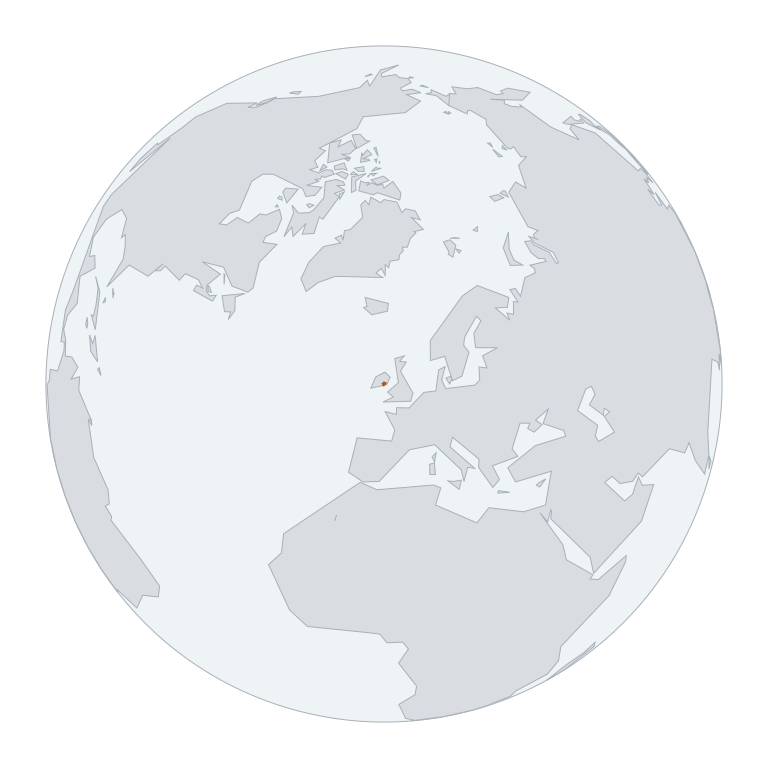 Kildare on an orthographic globe, rotated 16°
{"feature_id": "IRL-721", "entity_name": "Kildare", "entity_type": "County", "adm_level": 1, "iso_a3": "IRL", "parent_name": "Ireland", "parent_adm1": "", "projection": "orthographic", "projection_center": [-6.829, 53.156], "detail": "fine", "context": "on_globe", "style": "filled", "palette": "amber", "viewbox_px": 768, "rotation_deg": 16, "n_neighbors": 0, "source": "natural_earth", "source_scale": "10m", "svg_char_len": 11062}
<svg xmlns="http://www.w3.org/2000/svg" viewBox="0 0 768 768"><g transform="rotate(16 384 384)"><circle cx="384" cy="384" r="338" fill="#eef3f6" stroke="#a8b0b8"/><path d="M94.5,558.2L92.6,555.0L78.4,528.2L60.4,477.9L61.3,472.6L59.1,461.8L66.6,461.4L67.2,440.2L65.2,431.9L61.7,432.2L57.4,400.6L59.5,380.1L65.3,290.6L70.0,276.6L76.4,265.7L110.8,206.4L80.9,250.0L88.0,234.2L99.9,214.9L100.7,216.4L118.6,194.2L129.5,179.1L155.6,157.5L184.8,148.7L176.8,155.6L184.8,153.3L195.3,144.8L200.3,139.9L241.9,125.5L278.9,105.8L284.3,96.6L288.1,101.5L294.1,83.0L310.2,73.3L295.8,86.3L297.3,89.3L310.1,83.3L314.4,85.3L323.1,83.7L327.0,86.8L318.4,94.9L320.8,97.2L329.7,92.9L339.3,93.8L325.9,99.6L341.2,102.0L329.6,117.3L290.4,132.8L287.5,146.1L256.9,175.2L263.4,175.9L255.9,188.3L260.6,193.9L253.6,198.4L263.4,199.1L268.9,194.1L275.1,192.9L278.4,195.9L270.0,201.8L267.1,201.2L266.4,204.6L260.8,206.4L265.4,207.2L254.8,214.5L270.0,212.0L265.6,221.7L257.3,225.3L252.1,218.7L219.8,212.9L209.8,215.6L201.0,225.5L197.1,256.6L188.6,262.6L181.5,275.4L188.9,274.5L197.1,264.4L209.2,266.7L217.8,254.7L224.0,254.1L235.3,244.9L240.1,253.2L238.6,266.6L229.5,274.9L228.6,281.2L242.6,279.3L230.6,301.4L231.7,327.9L227.8,333.2L210.9,331.8L197.6,315.9L175.7,316.6L196.4,323.5L186.6,337.8L187.7,343.5L192.0,347.3L198.3,345.0L196.3,351.7L175.1,346.7L176.6,340.5L183.3,341.9L176.9,334.9L162.5,332.7L158.7,340.7L141.1,330.9L138.1,336.7L132.6,338.2L138.5,329.4L127.5,345.4L106.2,339.9L90.8,367.0L98.8,336.1L97.4,323.7L94.2,311.6L91.4,315.8L90.9,295.8L83.9,288.5L71.7,302.1L64.2,322.8L65.7,342.6L70.6,340.2L74.3,352.3L62.1,364.3L66.9,391.2L60.9,404.8L61.0,419.7L65.8,429.3L70.0,445.0L76.4,444.1L85.1,452.3L81.9,465.5L89.4,460.9L92.4,474.3L111.8,498.5L109.5,499.6L125.3,534.7L147.8,561.6L153.0,575.1L149.8,578.2L158.8,586.5L159.0,590.1L199.5,620.3L224.0,640.1L225.8,650.9L210.3,653.6L208.2,667.4L183.6,654.9L185.4,657.4L185.0,657.1L163.9,640.4L144.1,622.0L125.9,602.1L109.3,580.8L94.5,558.2ZM85.5,373.9L91.5,411.4L83.6,398.3L85.9,398.9L85.4,387.6L82.8,370.8L77.1,360.0L85.5,373.9ZM98.3,372.1L96.9,366.7L98.9,371.0L98.3,372.1ZM201.8,137.6L195.1,144.5L184.0,151.8L189.1,145.6L201.8,137.6ZM223.6,125.7L221.6,129.1L212.9,130.4L216.7,128.0L223.6,125.7ZM287.3,90.0L280.9,93.8L285.6,89.6L287.3,90.0ZM323.6,83.0L324.0,81.5L328.3,81.4L323.6,83.0ZM231.9,241.0L233.5,242.9L230.6,243.6L231.9,241.0ZM235.3,235.4L230.7,234.9L231.6,232.1L234.4,232.5L235.3,235.4ZM338.3,86.2L345.1,86.9L336.7,87.5L338.3,86.2ZM240.7,236.8L233.8,227.4L235.6,222.7L247.7,220.4L240.7,236.8ZM348.1,88.2L364.6,90.3L367.0,86.8L369.6,98.5L354.7,92.4L343.9,93.6L349.3,90.8L348.1,88.2ZM269.3,191.2L263.5,196.7L265.3,189.4L269.3,191.2ZM268.9,186.9L265.4,167.3L275.5,161.2L274.6,168.7L285.3,158.9L291.9,165.4L287.6,172.3L279.7,174.9L288.2,175.5L268.9,186.9ZM368.3,104.9L371.1,106.9L366.6,106.4L368.3,104.9ZM277.7,191.8L276.1,188.2L284.7,182.5L289.5,188.7L285.2,188.5L277.7,191.8ZM284.8,153.4L292.1,150.5L299.5,154.9L303.3,154.5L292.9,165.1L284.8,153.4ZM284.9,191.4L291.7,192.1L290.6,197.6L279.8,195.0L284.9,191.4ZM285.0,178.6L289.3,176.2L288.4,179.5L285.0,178.6ZM290.6,218.5L288.5,213.9L292.8,210.4L290.6,218.5ZM294.3,192.0L294.7,190.1L296.1,188.4L300.3,190.0L294.3,192.0ZM298.9,167.6L300.4,170.2L303.5,163.5L309.1,166.8L301.2,173.5L307.0,172.0L308.7,173.1L300.3,177.4L298.9,167.6ZM308.9,186.5L300.8,196.7L303.7,205.7L299.9,208.9L295.9,193.9L308.9,186.5ZM304.6,180.7L306.4,185.0L300.8,186.6L296.1,184.7L304.6,180.7ZM315.8,166.9L309.2,160.0L311.1,158.8L315.8,166.9ZM310.9,188.8L312.8,186.3L311.7,189.2L310.9,188.8ZM315.5,173.1L312.9,170.8L315.2,169.5L315.5,173.1ZM318.8,183.5L316.2,186.7L312.9,185.4L318.8,183.5ZM318.2,178.5L322.0,177.3L313.3,183.1L316.7,177.6L318.2,178.5ZM318.1,172.3L318.6,170.8L318.9,173.5L318.1,172.3ZM332.8,186.9L322.6,194.4L315.4,191.4L326.2,184.4L332.8,186.9ZM697.8,258.6L698.5,260.4L700.5,265.7L703.1,272.8L703.0,272.6L697.7,262.4L702.8,278.3L698.9,271.0L692.4,269.8L697.7,293.1L708.6,341.4L715.9,362.9L717.0,382.2L704.3,371.7L693.4,356.3L692.0,367.3L676.2,367.6L658.1,401.9L652.7,399.6L649.9,409.0L638.3,414.7L628.9,409.8L623.2,417.8L647.5,430.1L653.3,421.5L654.2,403.2L660.2,410.2L671.0,406.3L669.3,444.8L637.7,508.2L629.9,493.7L581.4,467.5L580.3,460.4L579.8,459.8L579.0,458.8L579.4,471.4L569.4,464.8L600.4,489.4L607.7,502.7L637.4,509.8L635.8,514.6L643.9,513.0L664.1,482.2L665.3,487.9L658.6,525.4L626.4,587.6L628.0,602.0L621.1,617.7L595.2,642.8L591.5,649.4L577.2,660.2L572.4,664.3L559.2,673.0L531.8,687.9L503.1,700.2L505.8,698.9L496.9,699.4L486.6,687.9L499.5,674.1L498.6,665.4L475.0,648.3L480.5,631.9L473.0,627.0L458.2,632.0L449.0,625.6L439.6,627.0L377.3,638.2L355.5,627.3L322.8,589.4L332.0,574.7L328.8,555.5L388.3,485.0L406.4,487.6L459.6,467.4L467.2,468.1L466.9,486.1L511.6,491.9L518.9,474.0L553.4,468.4L572.6,455.8L568.9,421.7L537.4,441.9L526.1,430.3L546.5,401.5L573.1,384.1L569.5,379.1L547.8,378.2L548.8,362.8L539.7,376.9L547.1,379.6L541.6,388.9L534.4,387.1L535.1,381.5L525.6,384.1L525.0,411.0L532.5,416.7L510.8,432.8L521.3,444.0L517.2,453.5L498.0,438.2L496.0,430.0L464.6,416.3L464.7,426.2L494.4,440.1L487.4,441.0L487.8,455.6L481.9,445.2L449.4,428.4L426.6,440.2L406.1,479.1L390.9,483.9L374.2,478.6L373.0,443.2L407.1,436.8L407.0,425.1L392.7,410.2L404.3,409.8L402.6,403.3L414.8,400.1L424.6,381.1L435.8,376.4L432.6,355.4L438.0,350.4L438.3,364.1L444.6,371.4L471.7,360.0L474.9,353.8L470.6,341.4L478.6,340.2L471.0,329.7L483.1,317.8L462.0,323.9L456.4,310.5L459.8,296.5L454.2,293.4L448.6,316.4L449.8,324.7L456.9,330.0L456.8,354.9L449.0,361.9L434.7,340.7L422.1,348.7L416.5,329.5L435.1,277.7L446.5,263.6L480.1,266.4L481.5,276.4L470.2,280.1L487.2,288.1L482.7,281.9L489.3,281.3L485.7,269.1L490.2,268.2L479.0,258.5L484.1,256.0L491.1,262.1L490.1,243.0L498.9,235.2L496.5,231.5L491.5,229.6L506.0,221.5L503.6,219.2L497.9,220.8L489.3,217.3L480.0,208.2L485.5,205.9L489.6,208.9L506.6,212.0L516.8,220.8L518.1,219.0L510.6,210.9L489.9,206.9L482.6,202.2L492.4,202.6L488.3,202.1L486.4,199.0L489.8,194.0L479.0,193.1L451.1,165.2L454.8,153.5L466.6,156.5L453.0,136.7L458.2,126.4L453.0,127.8L442.9,120.1L441.1,123.1L437.8,123.3L411.1,106.6L409.1,101.5L391.7,97.2L389.0,98.0L389.5,101.5L369.6,98.5L367.0,86.8L373.3,85.3L367.4,79.6L382.6,77.3L392.4,73.2L412.4,74.9L418.4,72.1L415.4,70.2L421.3,65.5L444.0,63.3L438.9,73.0L407.6,81.0L421.5,78.0L422.3,81.3L429.8,82.0L439.3,80.1L437.9,78.2L473.5,91.0L504.3,95.6L492.5,87.4L493.0,83.0L517.7,84.4L569.7,109.1L571.0,106.1L576.4,108.6L586.9,116.5L579.4,113.0L583.0,117.8L577.2,115.0L591.6,127.5L583.8,124.1L598.8,136.1L601.7,135.4L591.9,125.1L608.2,137.7L608.3,133.6L617.0,139.8L646.1,170.8L662.8,193.4L665.6,197.4L667.7,201.5L677.4,217.3L678.6,218.5L697.8,258.6ZM374.5,523.0L374.4,529.3L374.5,523.0ZM606.1,380.2L618.8,366.7L604.7,354.4L608.4,348.4L602.3,346.7L603.6,353.6L587.3,347.5L589.7,335.6L583.9,329.0L579.3,333.3L577.4,356.2L600.8,364.8L601.5,375.8L606.1,380.2ZM112.6,499.1L114.5,504.5L111.1,500.8L112.6,499.1ZM80.2,401.7L82.6,407.5L83.0,412.4L80.8,408.9L80.2,401.7ZM105.8,446.8L109.6,453.8L104.6,448.8L105.8,446.8ZM92.9,416.9L102.6,441.7L93.1,433.4L87.4,417.9L92.7,425.4L92.9,416.9ZM92.4,377.4L93.4,381.9L91.5,383.3L92.4,377.4ZM99.7,375.3L99.0,374.2L99.5,370.5L99.7,375.3ZM187.8,338.0L189.5,338.6L192.8,343.6L189.2,343.3L187.8,338.0ZM220.4,354.5L216.5,365.0L216.7,357.0L210.8,358.4L204.0,343.8L225.6,335.2L217.0,341.5L220.4,354.5ZM201.0,322.8L202.8,332.4L199.9,322.2L201.0,322.8ZM381.5,372.3L388.0,375.7L386.8,384.0L372.5,391.6L374.1,379.5L381.5,372.3ZM397.5,378.7L387.3,356.5L395.7,351.4L392.7,357.9L399.3,356.8L396.2,367.1L414.3,384.7L414.4,393.2L388.0,401.6L396.5,393.9L389.7,390.8L397.5,378.7ZM346.3,314.1L342.0,306.0L366.0,305.3L367.2,313.1L353.1,320.8L343.3,316.1L346.3,314.1ZM263.5,235.1L260.3,233.1L262.6,231.2L267.2,231.5L263.5,235.1ZM289.3,216.6L279.9,242.4L275.7,241.3L275.2,258.6L264.1,262.5L264.8,251.0L255.9,267.3L252.1,258.5L247.2,270.1L250.0,244.2L246.2,237.4L254.7,243.3L265.0,239.9L268.3,236.3L274.9,221.5L271.8,205.9L281.6,200.6L289.3,200.9L291.5,203.8L284.5,206.3L292.5,208.4L284.0,214.3L289.3,216.6ZM373.6,216.2L364.6,216.5L379.2,224.5L370.8,229.3L373.0,229.9L369.3,236.7L368.6,246.2L364.0,247.3L365.7,250.6L363.3,255.4L364.1,260.4L356.0,264.3L356.4,270.8L352.4,269.0L355.2,279.3L349.5,273.5L345.8,279.5L353.3,282.0L307.6,293.9L292.9,304.4L283.7,316.6L275.1,305.8L278.2,287.7L288.0,268.5L303.4,260.4L296.7,257.3L302.1,252.6L305.1,257.0L303.7,247.5L309.0,244.9L317.6,229.7L312.3,218.2L315.4,212.7L320.1,215.9L319.8,208.1L330.8,210.6L333.2,206.7L346.4,205.6L354.0,214.5L356.2,209.7L366.3,209.0L373.6,216.2ZM336.6,186.9L347.6,195.7L348.5,202.9L325.1,201.9L321.4,205.1L306.5,205.3L305.6,195.1L309.9,195.9L314.0,194.3L312.6,198.1L316.7,193.9L322.8,195.0L327.6,192.2L329.9,195.8L336.6,186.9ZM472.3,459.5L477.5,458.6L484.9,455.1L485.3,464.5L472.3,459.5ZM450.0,448.5L454.2,446.0L458.4,457.0L452.9,458.3L450.0,448.5ZM453.0,435.7L454.1,445.0L450.3,440.7L453.0,435.7ZM441.9,361.3L446.0,358.2L447.8,360.8L447.2,365.9L441.9,361.3ZM415.3,243.1L410.0,241.6L410.3,239.4L402.0,231.0L407.6,227.2L414.8,230.7L415.3,243.1ZM565.6,430.6L562.1,440.1L558.3,439.2L560.3,436.1L565.6,430.6ZM523.4,454.9L534.7,453.5L523.4,457.5L523.4,454.9ZM420.0,237.5L415.9,234.4L421.2,234.4L420.0,237.5ZM411.2,223.9L416.8,223.0L407.3,225.7L411.2,223.9ZM623.9,622.0L621.6,624.3L624.2,620.9L637.1,603.0L650.3,586.9L658.1,574.1L658.4,578.2L636.0,609.1L623.9,622.0ZM716.5,363.5L719.6,368.3L719.7,376.2L716.5,363.5ZM669.9,203.9L673.3,209.3L671.8,207.1L665.2,196.7L668.2,201.1L669.9,203.9ZM626.5,148.7L623.7,145.8L624.6,146.8L626.5,148.7ZM461.7,203.8L467.0,219.5L474.6,229.0L484.6,231.4L472.8,235.2L461.1,220.4L461.7,203.8ZM451.9,170.0L443.1,168.7L445.2,165.3L447.5,165.1L451.9,170.0ZM447.8,172.0L440.1,177.9L434.1,174.6L441.3,170.5L447.8,172.0ZM430.5,207.0L431.7,211.7L427.3,211.5L430.5,207.0ZM567.4,100.6L564.9,99.5L558.2,95.2L561.8,97.1L567.4,100.6ZM534.2,81.7L555.6,93.7L572.4,104.7L570.2,102.8L579.6,108.7L579.4,109.5L563.0,99.1L551.4,91.6L543.7,88.2L531.5,82.0L524.9,80.5L517.6,77.6L520.0,76.8L534.2,81.7ZM522.5,80.3L506.6,77.4L496.8,71.4L498.1,70.7L509.5,74.3L514.0,77.2L522.5,80.3ZM499.9,75.1L504.0,78.1L489.5,83.7L484.0,83.6L489.9,75.2L494.2,77.7L499.4,77.6L499.9,75.1ZM373.4,105.1L371.3,106.7L370.8,104.4L373.4,105.1ZM437.1,125.2L432.5,125.0L432.2,122.1L437.1,125.2ZM419.7,123.1L423.3,126.5L417.2,123.9L419.7,123.1ZM431.8,134.1L423.7,128.3L434.8,132.5L431.8,134.1Z" fill="#d9dde1" stroke="#a8b0b8" stroke-width="1"/><path d="M384.3,385.4L384.3,385.6L384.2,385.7L383.9,385.7L383.7,385.7L383.6,385.4L383.5,385.2L383.4,385.1L383.2,385.1L383.1,384.9L383.2,384.7L383.2,384.4L383.1,384.2L383.1,383.9L382.9,383.9L383.0,383.8L383.3,383.8L383.3,383.7L383.2,383.6L383.3,383.5L383.3,383.4L383.4,383.2L383.2,382.8L383.1,382.7L383.5,382.3L383.8,382.3L383.9,382.5L384.0,382.5L384.2,382.4L384.3,382.4L384.5,382.4L384.6,382.5L384.8,382.6L385.0,382.6L385.3,382.6L385.2,382.8L385.2,383.0L385.1,383.3L385.1,383.5L385.3,383.5L385.2,383.7L385.1,383.8L385.0,384.0L384.9,384.1L384.7,384.4L384.6,384.5L384.4,384.5L384.2,384.9L384.2,385.0L384.3,385.2L384.3,385.3L384.3,385.4Z" fill="#f59e0b" stroke="#b45309" stroke-width="1.5"/></g></svg>